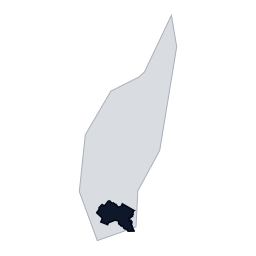 location of Ngchesechang, Airai, Palau
{"feature_id": "81905179B88239301587184", "entity_name": "Ngchesechang", "entity_type": "district", "adm_level": 2, "iso_a3": "PLW", "parent_name": "Palau", "parent_adm1": "Airai", "projection": "albers", "projection_center": [134.583, 7.399], "detail": "fine", "context": "in_parent", "style": "filled", "palette": "ink", "viewbox_px": 256, "rotation_deg": 0, "n_neighbors": 0, "source": "geoboundaries", "source_scale": "gbopen_adm2", "svg_char_len": 3329}
<svg xmlns="http://www.w3.org/2000/svg" viewBox="0 0 256 256"><path d="M136.0,226.9L97.3,240.6L79.3,191.6L85.3,134.8L110.9,91.1L138.7,77.1L144.4,72.1L171.4,15.4L176.7,46.7L159.7,150.5L137.8,190.9L136.0,226.9Z" fill="#d9dde1" stroke="#a8b0b8" stroke-width="1"/><path d="M96.7,212.8L101.1,216.9L102.3,218.5L100.8,222.0L104.5,223.4L107.6,224.7L108.6,222.7L115.4,220.1L116.9,220.6L117.3,220.8L118.3,220.9L118.5,221.1L118.6,221.6L118.8,222.1L118.7,222.4L118.7,222.5L118.5,223.0L118.7,223.4L118.8,223.8L119.0,224.1L119.2,224.3L120.0,224.3L120.5,224.6L120.5,224.9L120.4,225.4L120.6,225.6L121.1,225.7L121.3,226.0L121.6,226.1L121.9,226.0L122.2,226.1L122.8,226.3L122.9,226.5L123.1,226.7L123.4,227.2L124.0,228.4L124.2,228.6L124.3,228.7L124.5,228.8L124.9,228.9L125.1,228.8L125.4,228.8L125.5,228.7L125.8,228.8L126.0,229.0L126.2,229.4L126.3,229.5L127.1,229.6L127.3,229.7L128.0,231.2L134.1,231.1L134.1,230.9L134.1,230.7L133.9,230.5L133.9,230.4L133.8,230.2L133.7,230.1L133.5,229.9L133.4,229.8L133.4,229.7L133.3,229.4L133.2,229.4L133.3,229.3L133.3,229.2L133.2,228.9L133.0,228.7L132.9,228.7L132.8,228.4L132.7,228.3L132.7,228.2L132.8,228.1L132.8,227.9L132.7,227.8L132.6,227.7L132.5,227.8L132.4,227.7L132.4,227.4L132.3,227.2L132.3,226.9L132.4,226.7L132.2,226.4L132.2,226.2L132.1,225.9L132.0,225.6L131.9,225.6L131.7,225.5L131.8,225.4L131.7,225.2L131.6,224.9L131.5,224.7L131.4,224.5L131.4,224.4L131.5,224.3L131.5,224.1L131.5,223.9L131.4,223.9L131.5,223.8L131.4,223.7L131.5,223.7L131.6,223.3L131.6,223.2L131.7,222.8L131.8,222.7L131.7,222.6L131.8,222.6L131.8,222.4L132.0,222.0L131.9,221.8L131.9,221.7L131.7,221.5L131.5,221.4L131.4,221.4L131.4,221.5L131.4,221.4L131.2,221.3L131.2,221.2L131.1,221.3L131.1,221.2L130.9,221.1L130.8,220.9L130.7,220.9L130.4,220.8L130.3,220.7L130.1,220.7L129.9,220.6L129.7,220.7L129.5,220.4L129.4,220.2L129.3,220.3L129.3,220.2L129.5,220.2L129.4,219.9L129.4,219.7L129.5,219.6L129.7,219.4L129.8,219.2L129.8,218.9L129.8,218.7L129.7,218.6L129.5,218.4L129.4,218.4L129.2,218.3L128.9,218.3L129.0,218.3L129.0,218.2L128.9,218.1L129.0,218.0L129.3,218.0L129.5,218.0L129.7,217.8L129.9,217.8L129.9,217.7L130.0,217.7L130.4,217.5L130.5,217.5L130.7,217.4L130.8,217.3L130.9,217.2L131.1,217.2L131.2,216.9L131.3,216.9L131.4,216.7L131.5,216.7L131.8,216.5L131.9,216.4L132.0,216.4L131.9,216.3L132.0,216.3L132.1,216.2L132.2,215.9L132.2,215.7L132.3,215.6L132.4,215.4L132.5,215.3L132.4,215.3L132.4,215.2L132.5,215.2L132.7,214.9L132.7,214.6L132.8,214.5L132.8,214.4L133.0,214.2L133.0,213.9L132.9,213.9L133.0,213.8L133.0,213.7L133.0,213.4L132.9,213.3L132.9,213.2L132.9,212.9L133.0,212.8L133.0,212.7L133.2,212.4L133.2,212.2L133.1,211.9L133.3,211.8L133.3,211.6L133.4,211.4L133.5,211.3L133.6,211.2L133.6,210.9L133.6,210.7L133.4,210.5L133.4,210.4L133.4,210.2L133.5,210.2L122.3,203.8L121.7,205.5L121.1,206.1L120.5,206.6L119.6,206.8L119.1,207.0L118.5,207.0L117.9,206.8L117.5,206.4L117.0,205.8L116.4,204.9L115.9,204.4L115.2,204.2L114.6,203.9L114.0,203.4L113.4,202.9L112.9,203.0L112.3,203.0L111.8,202.9L111.4,202.8L110.8,202.1L110.2,201.2L109.2,200.9L108.5,201.0L107.9,201.5L105.2,205.0L104.1,205.7L103.5,205.6L103.1,205.2L102.8,204.8L102.5,204.7L102.2,204.5L101.9,204.7L99.5,207.2L99.1,207.5L99.1,209.0L98.6,209.7L98.6,210.1L98.6,210.6L98.0,210.9L97.7,211.3L97.4,211.6L97.5,212.2L96.8,212.4L96.7,212.8Z" fill="#0f172a" stroke="#020617" stroke-width="1.5"/></svg>